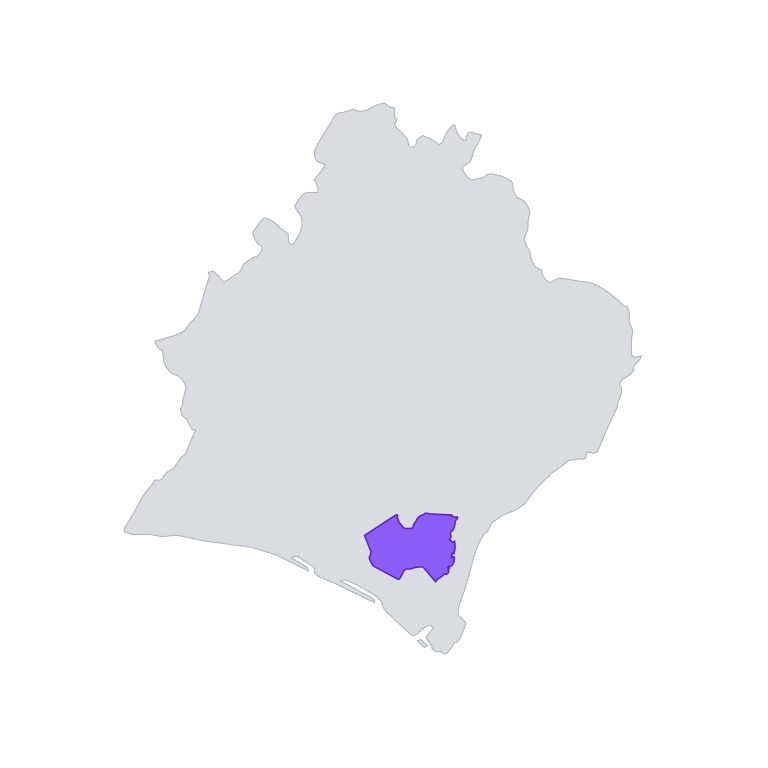 Agnéby highlighted on a map of Ivory Coast, rotated 32°
{"feature_id": "CIV-3451", "entity_name": "Agnéby", "entity_type": "Department", "adm_level": 1, "iso_a3": "CIV", "parent_name": "Ivory Coast", "parent_adm1": "", "projection": "natural_earth1", "projection_center": [-3.837, 6.123], "detail": "fine", "context": "in_parent", "style": "filled", "palette": "violet", "viewbox_px": 768, "rotation_deg": 32, "n_neighbors": 0, "source": "natural_earth", "source_scale": "10m", "svg_char_len": 5513}
<svg xmlns="http://www.w3.org/2000/svg" viewBox="0 0 768 768"><g transform="rotate(32 384 384)"><path d="M211.6,167.4L213.7,167.3L219.2,165.5L224.1,161.3L228.8,152.6L235.0,145.5L242.1,146.0L244.1,144.8L246.6,144.5L249.5,149.1L252.5,152.6L254.6,152.7L256.1,159.4L268.9,162.2L274.4,164.0L279.0,168.9L280.7,169.0L282.6,168.0L284.1,166.3L284.4,164.4L282.5,160.0L283.4,156.1L285.4,152.6L288.7,152.3L293.7,151.4L299.4,151.3L303.7,152.0L305.4,148.4L303.8,138.5L304.2,133.1L304.9,128.5L306.5,126.6L312.8,132.4L318.6,134.5L322.8,134.7L324.0,133.6L322.2,127.3L322.7,125.4L324.2,124.3L327.0,123.6L334.4,121.0L335.2,121.5L336.5,131.5L335.9,134.7L337.4,141.5L339.3,147.8L339.2,150.3L337.6,154.2L335.7,157.8L335.9,159.2L338.9,161.7L344.5,164.2L350.4,164.7L353.6,161.1L357.0,158.1L359.4,155.5L360.2,151.5L363.9,148.7L374.5,145.1L384.3,144.5L386.6,145.6L391.1,151.1L396.6,154.9L405.2,154.4L411.3,156.7L416.7,160.9L420.3,170.2L424.2,177.0L425.9,186.6L432.1,191.7L436.9,193.9L443.5,200.9L450.3,204.5L457.3,203.7L460.6,207.3L465.9,209.9L471.1,210.1L475.7,202.0L481.8,198.9L497.3,192.4L503.4,189.5L509.5,187.7L524.4,187.1L538.2,189.1L545.1,190.6L549.8,189.5L554.3,193.3L558.9,201.3L562.6,203.9L566.5,206.6L569.3,213.0L572.7,219.3L574.5,222.0L578.7,228.2L582.2,228.3L585.8,225.7L587.3,223.7L588.0,227.7L586.6,234.4L586.9,238.5L588.8,240.1L587.8,245.3L583.7,254.3L583.7,259.7L587.7,261.3L590.6,267.0L592.3,276.6L594.1,279.9L594.3,281.9L597.2,305.2L600.9,328.7L598.5,331.8L595.4,332.7L593.3,333.8L592.7,335.9L594.1,339.1L593.2,342.1L589.3,344.1L580.7,351.6L580.1,354.5L577.8,360.9L575.9,364.7L573.1,371.9L568.7,390.9L567.0,406.7L566.8,411.5L565.1,414.9L563.1,419.8L553.8,433.3L549.0,444.4L549.6,449.2L549.9,454.0L548.5,457.4L548.7,466.8L549.9,474.6L551.5,482.2L558.3,503.9L561.8,517.0L564.0,527.6L566.0,534.8L567.8,537.7L568.5,540.4L578.6,542.4L580.5,544.0L583.3,557.8L582.8,564.0L580.8,566.4L580.9,571.7L580.4,578.2L579.0,580.8L573.3,581.2L569.5,583.7L564.5,582.7L564.0,581.0L561.3,580.4L553.8,576.7L555.1,564.7L551.6,564.2L548.9,565.8L543.6,580.2L541.1,582.7L503.9,575.3L495.8,569.3L486.1,567.9L469.2,568.6L455.3,570.4L451.3,574.0L486.5,571.9L490.2,572.3L492.0,574.5L447.6,579.2L430.6,582.0L425.6,581.3L421.8,576.7L403.4,576.1L399.6,577.6L397.3,581.0L404.5,580.3L416.0,580.1L419.1,582.7L383.2,586.1L358.4,592.6L347.9,597.3L313.2,613.1L292.0,620.6L286.5,623.3L276.9,631.0L264.5,635.9L250.6,644.9L242.2,647.0L240.3,644.1L240.1,628.7L238.9,608.2L239.4,600.3L240.5,592.9L240.6,586.8L244.8,584.5L245.9,581.9L246.5,574.0L250.5,566.7L250.6,554.0L251.7,551.4L252.6,548.0L251.0,539.7L248.8,524.1L247.7,523.0L246.8,523.7L244.6,524.0L235.9,518.6L229.2,517.6L224.5,513.0L224.2,507.8L221.9,504.7L220.3,498.6L218.0,491.6L211.4,487.4L205.1,486.3L200.7,487.2L195.5,487.0L189.6,484.6L185.5,482.0L181.7,476.9L178.1,472.8L175.2,473.3L171.7,472.3L168.3,470.5L167.1,469.1L181.6,452.8L186.5,444.8L187.0,440.0L187.1,435.1L188.7,430.0L189.1,422.3L181.2,394.5L179.2,385.8L177.1,383.3L175.7,382.4L179.7,378.8L185.3,379.7L193.8,382.5L195.7,379.7L202.1,365.7L202.0,360.5L201.3,356.8L205.1,347.2L208.1,343.5L209.7,339.5L209.2,334.0L207.0,331.9L204.0,332.3L200.4,331.0L195.0,327.8L192.2,325.0L193.1,312.3L193.7,308.3L195.6,306.0L198.6,305.4L207.0,305.1L213.8,306.5L219.8,307.3L223.0,307.3L225.6,311.1L229.0,315.0L232.1,314.9L233.1,312.1L232.5,299.5L230.5,292.9L225.9,286.5L214.1,281.0L213.8,273.3L215.0,265.1L217.6,262.0L226.4,256.7L224.9,253.9L222.1,250.9L216.5,247.8L217.8,237.9L218.1,229.1L213.4,230.1L208.5,230.6L204.4,227.8L201.0,222.5L200.4,207.7L200.5,190.6L199.9,183.0L201.2,179.0L205.4,175.3L210.0,170.5L211.6,167.4ZM559.7,582.9L557.7,586.1L548.3,584.0L550.6,581.3L559.7,582.9Z" fill="#d9dde1" stroke="#a8b0b8" stroke-width="1"/><path d="M484.2,491.6L484.4,490.5L484.3,489.4L484.2,488.9L483.9,488.2L483.6,486.4L483.7,485.5L483.7,484.6L483.8,483.7L483.8,483.2L483.6,481.7L483.6,481.2L483.6,480.2L483.9,478.3L484.5,476.7L484.9,476.1L486.7,473.8L487.0,473.1L487.2,472.5L487.3,472.1L487.7,471.6L488.4,471.1L492.2,469.6L510.7,459.2L511.1,460.1L512.0,459.8L513.0,459.6L514.6,459.6L515.0,459.6L516.0,458.2L516.7,457.8L517.4,458.5L517.6,459.5L517.0,461.9L517.0,463.0L517.2,463.5L518.1,464.3L518.4,464.7L518.6,465.3L518.8,466.6L519.1,467.2L519.5,468.0L519.9,471.7L519.7,472.3L519.4,472.8L519.0,473.2L518.9,473.4L519.0,474.1L519.1,474.5L519.3,474.9L519.4,475.1L519.7,475.7L521.1,477.3L521.6,477.6L522.3,481.6L523.8,481.3L525.2,481.8L526.3,481.8L527.2,479.9L530.2,483.8L531.8,486.5L532.8,489.9L533.3,490.6L533.2,491.1L531.8,491.2L531.4,491.6L531.6,492.2L531.9,492.9L532.3,493.1L532.8,494.0L533.2,494.9L533.1,495.2L533.9,495.3L534.2,494.0L535.0,493.5L535.9,494.0L537.1,496.9L537.7,497.5L537.9,501.7L537.5,502.7L536.5,503.4L535.6,504.3L535.4,505.9L535.9,505.7L537.0,505.4L536.8,505.7L536.6,506.7L536.5,507.1L537.6,507.8L538.3,509.2L538.5,510.8L537.7,512.5L537.0,512.9L536.3,513.0L535.7,513.3L535.4,514.1L535.4,515.2L535.2,516.1L532.9,521.2L532.6,522.7L532.5,524.4L514.7,518.7L514.2,518.6L513.7,518.7L513.0,519.0L507.8,522.9L504.8,526.5L503.9,527.4L503.1,527.8L502.5,527.9L501.5,528.5L500.0,530.9L500.5,540.2L500.4,540.8L500.3,541.3L499.5,542.2L472.8,543.9L470.5,543.8L468.4,542.7L465.0,540.5L463.9,539.6L463.2,538.6L463.5,537.4L461.8,533.1L447.7,522.7L461.7,492.5L463.9,488.2L464.2,488.0L464.6,487.9L465.1,488.3L465.4,488.7L465.6,489.1L465.9,489.9L466.1,490.2L466.4,490.5L467.4,491.1L469.1,492.4L469.6,493.0L469.9,493.2L470.4,493.5L472.8,494.1L475.1,495.1L476.7,495.4L477.0,495.7L478.5,495.3L484.2,491.6Z" fill="#8b5cf6" stroke="#5b21b6" stroke-width="1.5"/></g></svg>